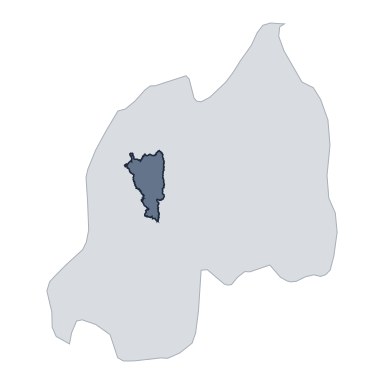 Ngororero, Western, Rwanda (highlighted)
{"feature_id": "39286606B38913138871456", "entity_name": "Ngororero", "entity_type": "district", "adm_level": 2, "iso_a3": "RWA", "parent_name": "Rwanda", "parent_adm1": "Western", "projection": "equal_earth", "projection_center": [29.551, -1.904], "detail": "fine", "context": "in_parent", "style": "filled", "palette": "slate", "viewbox_px": 384, "rotation_deg": 0, "n_neighbors": 0, "source": "geoboundaries", "source_scale": "gbopen_adm2", "svg_char_len": 6980}
<svg xmlns="http://www.w3.org/2000/svg" viewBox="0 0 384 384"><path d="M150.3,85.9L155.0,85.8L186.0,75.8L189.1,78.9L194.1,98.3L196.7,101.1L201.1,101.8L209.7,97.4L225.7,82.2L232.7,73.0L240.9,60.0L251.3,45.4L257.2,32.7L262.9,25.3L270.4,23.0L278.7,23.6L284.4,23.9L279.7,26.9L278.7,36.2L284.1,51.1L301.9,82.0L313.3,87.7L320.7,99.6L327.9,119.9L330.0,145.1L327.0,175.5L328.8,198.1L335.3,213.0L337.1,232.2L333.9,255.8L330.2,270.0L325.7,274.7L320.6,276.4L313.8,274.8L305.4,276.8L296.3,281.3L290.6,281.9L287.1,281.0L280.4,277.2L269.8,265.0L250.0,271.8L244.7,271.6L237.4,277.4L231.5,284.6L227.9,285.1L224.3,284.1L207.3,269.7L201.1,270.2L198.5,310.6L195.6,333.1L192.1,343.1L180.0,352.8L167.7,358.3L161.0,357.9L134.0,360.9L123.5,361.0L117.7,357.7L110.1,334.7L95.8,324.5L82.1,319.8L76.5,321.1L71.5,333.1L69.5,343.9L56.2,336.5L52.2,327.4L51.8,312.0L46.9,290.9L49.6,281.9L54.9,276.1L65.9,265.0L82.7,249.6L86.3,242.2L88.7,230.0L87.6,201.5L86.0,177.4L88.0,168.8L95.6,150.2L105.9,131.2L117.9,111.0L125.2,109.1L134.6,101.5L144.7,90.2L150.3,85.9Z" fill="#d9dde1" stroke="#a8b0b8" stroke-width="1"/><path d="M162.1,153.1L161.3,153.1L161.2,153.0L161.1,152.2L160.7,151.6L160.1,151.5L159.9,151.3L159.4,151.1L159.2,150.6L158.5,151.0L158.5,151.3L158.2,151.2L158.0,151.5L157.7,151.5L157.4,151.8L157.4,152.2L157.0,152.6L156.1,153.1L156.0,153.4L156.2,153.7L156.2,154.1L156.0,154.3L155.9,154.6L155.9,154.8L155.5,154.8L155.2,154.7L154.8,155.5L154.3,155.3L153.6,155.5L153.1,155.4L152.7,155.6L152.0,155.4L151.8,155.4L151.4,155.0L150.8,154.9L150.4,154.4L150.0,154.3L149.4,154.4L149.1,154.8L148.6,154.9L148.2,155.4L147.0,155.7L146.7,155.5L146.0,155.5L145.0,154.2L144.9,154.3L144.7,154.3L144.5,154.8L144.0,155.0L143.9,155.4L143.9,155.9L143.6,156.1L143.6,156.3L143.3,156.3L143.2,156.5L143.1,156.2L142.7,156.2L142.6,157.3L142.3,157.5L142.4,157.9L142.0,158.5L141.9,159.1L141.5,159.5L141.4,159.4L141.2,160.0L141.0,160.3L140.9,160.7L140.5,161.0L140.3,161.3L139.7,160.3L139.7,159.9L138.8,160.0L138.5,160.2L137.5,159.3L137.2,159.4L136.7,159.2L135.6,159.3L135.3,159.2L135.0,159.3L134.2,159.1L133.9,158.8L133.9,157.9L133.8,157.2L133.8,156.6L133.3,156.0L133.0,155.4L132.4,155.5L132.5,154.9L133.0,154.1L133.0,153.9L132.3,153.2L131.5,153.5L130.7,153.2L129.9,153.8L129.9,154.1L130.1,154.2L129.9,154.3L129.9,154.8L130.3,155.7L130.5,156.0L130.9,156.0L131.3,156.6L131.2,157.0L131.3,157.2L131.5,157.9L131.8,158.3L131.8,159.1L131.5,159.7L131.4,160.1L131.6,160.6L131.6,161.4L131.3,161.0L130.8,161.1L130.6,161.0L130.4,161.2L130.1,161.7L129.6,161.8L128.4,163.1L128.3,163.5L127.9,163.9L127.5,164.7L127.2,164.7L126.9,164.2L126.8,164.3L126.4,164.1L126.3,164.5L126.1,164.6L125.9,164.4L125.6,164.5L125.3,164.8L124.7,165.0L124.6,165.3L125.0,165.5L125.0,165.8L125.4,165.6L125.5,165.7L125.4,166.1L125.6,166.1L125.6,166.3L125.7,166.2L126.1,166.3L126.2,166.2L126.4,165.9L126.6,166.1L126.8,166.0L127.0,166.3L126.9,166.5L127.1,166.9L127.0,167.1L127.1,167.4L127.1,167.5L127.2,167.8L127.4,167.8L127.5,168.1L128.1,168.0L128.5,168.6L129.1,168.9L129.4,170.3L129.6,170.5L129.6,171.0L129.7,171.6L130.2,171.8L130.1,172.1L130.5,172.8L131.0,172.9L131.4,173.2L131.6,173.1L132.6,174.2L133.4,174.2L133.9,174.7L133.7,175.4L133.8,176.4L133.5,176.7L133.4,177.1L133.1,177.5L133.4,178.6L133.3,179.2L133.2,179.5L133.2,179.8L133.5,180.2L133.7,180.3L133.7,180.5L133.7,181.3L133.9,181.3L134.3,181.8L134.5,181.7L134.6,182.0L134.7,182.3L134.7,182.6L134.4,182.7L134.4,183.4L135.0,184.2L135.3,184.7L135.1,184.9L135.3,185.0L135.2,185.5L135.4,185.6L135.5,186.1L135.8,186.2L136.0,186.7L136.2,186.9L136.1,187.4L136.2,187.8L136.5,188.1L136.3,188.3L136.5,188.4L136.9,188.0L137.0,188.2L137.4,188.4L137.8,188.8L137.9,188.6L138.1,188.6L138.1,188.9L138.3,188.9L138.6,189.6L139.0,189.7L139.4,189.4L139.5,189.9L139.8,190.3L140.1,190.1L140.4,190.4L140.2,191.0L140.5,191.0L140.4,191.4L140.7,191.5L140.9,191.6L140.9,191.9L141.1,191.9L141.4,192.3L141.3,193.1L141.7,193.4L142.1,194.2L142.7,194.5L142.9,195.0L143.1,194.8L143.2,195.0L143.4,194.9L143.4,195.2L144.0,195.6L143.7,196.3L143.3,196.5L143.1,197.1L143.3,197.4L143.1,197.7L143.4,197.9L143.2,197.9L143.3,198.2L143.2,198.3L143.4,198.4L143.2,198.6L143.3,198.7L143.1,198.9L142.9,198.8L143.1,199.2L142.7,199.4L142.7,199.8L142.5,199.6L142.1,199.9L142.0,199.6L141.9,199.8L141.7,199.7L141.4,199.8L141.4,200.5L141.7,200.7L141.7,201.2L142.1,201.2L142.7,202.4L143.7,203.9L143.9,204.7L144.4,205.6L145.0,205.9L145.2,206.2L146.1,206.6L146.8,207.8L147.0,208.0L147.4,207.9L147.5,208.1L147.8,208.1L148.2,208.3L148.5,208.6L148.5,208.9L148.7,209.1L148.7,209.3L148.3,209.7L148.0,209.7L147.9,209.8L147.6,209.5L147.2,209.7L147.1,209.8L146.8,209.7L146.4,209.9L146.4,209.7L146.1,210.5L145.7,210.6L146.3,212.2L145.8,212.7L145.0,213.7L145.1,214.0L144.8,214.4L144.7,215.2L144.8,215.4L144.8,215.6L144.9,215.9L145.1,216.0L145.7,215.9L146.3,216.6L146.9,215.9L147.1,215.9L147.3,216.5L147.5,216.8L148.5,216.7L149.2,217.2L150.0,217.2L150.4,217.5L150.8,217.3L151.3,216.6L151.9,216.4L151.8,216.9L151.9,217.2L152.1,217.2L152.3,217.6L152.5,218.8L153.7,218.4L154.2,218.4L154.6,218.7L155.1,218.5L155.4,219.3L155.8,219.7L156.2,220.4L156.5,220.7L157.0,220.6L157.1,221.1L157.2,220.9L157.4,221.0L157.6,220.6L157.9,220.9L157.7,220.2L157.8,219.9L158.0,219.7L158.3,219.9L158.5,219.1L158.3,219.0L158.2,218.4L158.4,217.9L158.8,217.8L159.0,217.4L158.5,217.2L158.6,216.9L158.4,216.8L158.4,216.5L158.5,216.2L158.5,215.9L158.7,216.0L158.9,215.8L158.7,215.0L159.0,214.7L158.9,214.5L159.2,214.3L159.3,214.0L159.1,213.6L158.8,213.3L158.9,212.7L158.6,212.7L158.5,212.0L158.1,211.8L158.1,211.4L158.3,210.9L158.1,210.1L158.3,209.7L158.1,209.1L157.7,208.7L158.0,208.3L158.1,208.0L158.4,208.0L158.5,207.7L158.1,207.4L157.9,206.3L157.7,205.9L157.9,205.8L158.0,205.3L158.1,204.6L158.3,204.3L158.6,204.3L158.9,203.8L158.9,203.5L158.7,203.2L158.6,202.5L158.2,202.1L157.8,202.0L157.6,201.7L157.4,201.5L156.8,200.5L156.8,199.8L157.1,199.4L157.3,199.3L157.7,199.5L158.0,199.5L159.2,200.2L159.5,200.0L159.9,200.4L160.1,200.3L160.3,200.1L160.7,200.1L161.0,199.7L161.5,199.9L161.6,199.4L162.1,199.4L162.3,199.1L163.1,199.0L163.5,197.8L164.0,197.1L164.2,196.6L164.1,195.3L163.8,194.5L163.2,194.2L162.9,194.2L162.6,193.7L162.4,192.5L162.8,191.7L162.5,190.7L162.8,189.8L162.5,189.5L162.4,188.9L163.1,188.0L163.4,187.8L163.8,187.8L164.1,187.1L163.7,186.6L163.8,186.2L163.7,185.4L164.2,185.3L164.4,184.4L164.1,183.9L163.8,182.4L163.5,182.0L163.8,181.2L163.8,180.4L163.3,179.2L163.4,178.5L163.3,178.4L163.0,178.3L163.0,177.8L162.7,177.6L162.9,177.0L162.8,176.0L163.1,175.4L162.8,174.8L162.9,174.1L163.1,173.7L163.1,173.1L163.2,172.7L162.9,171.7L163.2,171.5L163.4,170.9L163.6,170.7L163.7,170.3L164.0,170.1L163.8,169.1L163.5,169.1L163.6,167.5L164.0,167.5L164.1,166.6L163.5,165.7L163.7,164.4L163.6,163.6L163.7,163.4L164.0,163.5L164.1,163.2L164.0,162.4L164.2,162.0L164.1,161.8L163.8,161.8L163.9,160.6L163.8,160.4L163.6,160.3L163.2,159.0L163.4,158.5L163.1,158.4L162.9,157.9L162.7,157.1L162.5,156.7L162.7,155.8L162.6,155.2L162.9,154.5L162.2,153.9L162.1,153.1Z" fill="#64748b" stroke="#1e293b" stroke-width="1.5"/></svg>